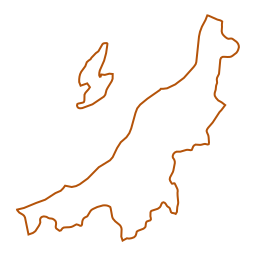 the Prefecture of Niigata
{"feature_id": "JPN-1867", "entity_name": "Niigata", "entity_type": "Prefecture", "adm_level": 1, "iso_a3": "JPN", "parent_name": "Japan", "parent_adm1": "", "projection": "orthographic", "projection_center": [138.832, 37.638], "detail": "fine", "context": "isolated", "style": "outline", "palette": "amber", "viewbox_px": 256, "rotation_deg": 0, "n_neighbors": 0, "source": "natural_earth", "source_scale": "10m", "svg_char_len": 3711}
<svg xmlns="http://www.w3.org/2000/svg" viewBox="0 0 256 256"><path d="M17.1,209.6L23.9,208.0L36.3,202.9L45.2,199.7L55.4,193.1L60.7,190.8L63.1,188.4L65.1,185.7L71.7,187.0L76.0,186.1L79.7,184.3L87.7,178.5L98.8,167.2L110.0,160.3L112.7,157.2L114.6,153.2L117.1,148.0L120.8,142.2L126.5,137.2L129.3,133.2L131.2,128.5L135.5,112.9L137.2,108.4L140.2,104.6L147.4,98.7L160.0,89.9L160.8,88.8L163.1,88.8L167.1,88.3L175.3,84.4L177.5,82.7L183.9,77.9L193.9,66.7L195.6,64.3L196.3,62.1L199.0,36.5L200.0,31.8L201.9,26.7L205.5,20.0L207.3,15.4L208.6,15.7L217.4,19.6L220.1,20.3L221.4,20.9L222.2,21.5L222.1,22.5L222.0,23.5L221.9,24.9L222.0,26.8L221.7,31.3L222.2,33.4L223.0,34.7L224.2,36.0L225.5,37.2L226.9,38.2L228.3,38.8L231.1,38.5L232.4,38.8L236.4,41.7L237.3,42.7L238.0,43.7L238.7,45.4L238.9,47.2L238.2,49.7L237.4,51.4L236.4,52.8L232.8,55.6L231.4,56.5L229.9,56.9L227.7,57.0L223.9,56.8L222.5,56.9L221.1,57.8L220.3,59.6L219.0,73.9L217.1,77.7L216.8,79.2L217.1,82.7L217.1,82.9L216.2,85.4L216.0,86.7L215.7,89.7L214.8,92.6L214.6,94.1L214.8,95.8L216.0,97.9L218.2,100.4L221.6,102.3L225.2,105.1L221.4,110.1L219.5,112.1L212.7,122.5L208.1,127.8L207.0,129.5L206.6,130.9L206.9,132.1L207.2,132.9L207.7,134.0L208.3,135.4L208.6,137.1L209.0,142.7L208.7,144.2L207.7,144.5L205.0,143.9L203.7,144.1L201.5,144.7L200.2,144.9L195.5,144.6L194.0,145.5L193.2,146.5L191.8,149.9L190.8,150.2L187.8,149.8L186.4,149.9L180.2,151.7L176.5,151.7L174.8,152.5L173.5,153.9L172.9,155.3L172.7,156.5L172.9,157.7L173.7,158.8L174.4,160.1L174.8,161.6L174.8,163.2L173.4,170.4L172.9,172.0L170.1,177.3L169.7,179.2L170.1,180.7L171.4,182.9L172.0,183.7L172.8,183.7L173.6,183.3L174.5,183.3L175.1,184.2L177.2,188.6L177.6,189.8L177.7,191.2L177.5,192.8L177.6,195.9L178.2,202.3L178.1,203.7L177.3,207.0L176.9,211.9L175.7,213.9L174.3,213.3L173.2,213.1L172.0,212.9L171.0,212.1L169.9,208.6L169.4,207.8L168.6,207.2L168.4,207.1L167.8,206.7L167.2,206.2L166.7,205.5L165.9,204.2L165.5,203.6L164.7,202.8L163.5,202.3L162.3,202.7L161.5,203.9L160.6,206.1L160.0,207.1L159.7,207.4L157.7,208.8L151.8,210.7L150.9,211.3L150.5,212.5L150.4,216.3L150.8,218.0L150.9,219.4L150.3,220.3L147.0,221.4L146.2,222.3L145.9,223.5L145.5,226.7L144.8,227.6L143.5,228.7L138.2,230.7L136.8,231.6L136.0,234.7L135.4,236.0L134.0,237.3L131.5,238.2L129.0,238.6L126.9,238.3L122.6,240.6L121.3,236.6L121.6,229.2L121.3,227.6L120.4,225.8L119.5,224.8L115.2,221.3L112.9,218.6L112.2,216.8L110.7,208.5L110.3,207.1L110.1,206.9L108.4,206.0L106.8,205.5L104.8,205.3L103.0,205.4L97.3,207.0L93.2,208.9L91.5,209.9L90.3,211.3L87.3,216.3L84.7,217.6L83.6,218.5L82.7,220.1L82.3,221.5L82.0,224.6L81.4,225.6L80.2,225.8L78.4,224.9L77.3,224.6L76.5,224.4L75.8,224.7L72.9,226.3L71.4,226.9L69.6,227.2L65.1,227.4L63.6,227.6L62.4,228.4L60.9,230.4L59.5,230.8L56.3,228.5L55.9,227.8L55.7,226.9L56.1,223.8L56.0,222.5L55.7,221.4L55.0,220.5L54.1,219.7L52.6,218.8L51.1,218.5L49.5,218.4L48.2,217.9L46.6,216.9L45.2,216.6L43.8,216.4L42.9,216.6L42.2,216.8L41.4,217.2L40.7,218.0L40.2,219.0L40.1,220.1L40.3,222.4L39.8,223.9L39.0,225.6L35.4,231.1L34.0,232.2L32.8,233.0L28.5,234.5L25.0,217.5L24.0,215.7L22.7,214.6L19.3,212.6L17.3,210.3L17.1,209.6ZM101.3,74.5L104.8,74.9L109.3,73.7L112.7,74.0L112.6,78.8L111.7,81.2L107.7,87.7L106.5,90.0L105.3,94.7L103.9,96.6L92.5,104.3L82.2,108.1L80.0,108.3L79.0,108.1L78.0,107.6L77.3,106.6L77.0,105.4L77.3,104.1L78.2,103.6L82.9,102.6L84.0,101.9L84.4,100.3L84.5,94.7L85.5,92.7L88.7,89.1L89.9,87.2L87.2,83.4L80.6,85.7L79.2,82.1L79.2,79.1L79.5,76.6L80.1,74.2L81.2,71.8L85.3,66.2L86.8,62.2L88.7,60.5L90.6,59.2L91.4,57.8L95.8,53.2L98.4,51.3L102.4,44.3L103.3,43.5L104.4,43.2L106.8,43.1L107.4,43.7L107.3,45.0L106.1,53.2L104.1,60.7L99.8,70.5L99.3,72.8L99.2,75.2L99.8,76.7L100.6,76.6L101.3,74.5Z" fill="none" stroke="#b45309" stroke-width="2"/></svg>